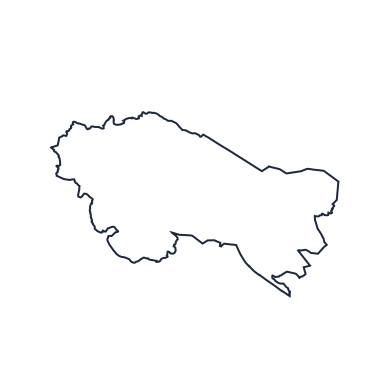 Cirmas pag., Ludzas, Latvia, rotated 216°
{"feature_id": "27541924B88018197851327", "entity_name": "Cirmas pag.", "entity_type": "district", "adm_level": 2, "iso_a3": "LVA", "parent_name": "Latvia", "parent_adm1": "Ludzas", "projection": "equal_earth", "projection_center": [27.6, 56.52], "detail": "fine", "context": "isolated", "style": "outline", "palette": "slate", "viewbox_px": 384, "rotation_deg": 216, "n_neighbors": 0, "source": "geoboundaries", "source_scale": "gbopen_adm2", "svg_char_len": 6018}
<svg xmlns="http://www.w3.org/2000/svg" viewBox="0 0 384 384"><g transform="rotate(216 192 192)"><path d="M279.8,218.4L284.2,217.0L284.1,216.1L286.0,215.3L288.2,212.5L289.4,209.5L288.7,209.7L288.4,209.5L288.4,208.9L287.7,208.2L287.6,207.6L288.6,206.6L288.8,206.2L288.7,205.8L289.8,204.3L291.6,202.7L293.2,201.7L295.0,201.3L295.7,201.6L296.3,202.2L297.3,203.6L297.4,204.3L299.5,206.1L300.2,206.4L301.1,206.4L302.3,205.6L302.4,204.7L301.8,204.4L301.7,204.1L302.4,202.7L301.9,201.8L302.0,201.5L302.4,201.1L302.5,200.7L302.4,200.5L302.9,199.4L302.9,197.5L302.4,194.5L302.9,193.5L301.9,193.0L300.9,191.7L301.0,191.3L301.8,190.6L302.5,190.2L305.2,189.9L309.1,187.4L311.5,186.3L311.9,185.9L312.0,184.8L311.8,184.3L312.1,182.9L313.0,182.4L313.1,181.6L313.3,181.4L313.7,181.3L315.5,181.8L317.1,182.7L318.2,182.9L320.7,182.0L323.2,181.3L324.9,180.3L327.5,180.0L328.3,179.8L328.9,179.3L329.3,178.9L329.2,178.2L328.7,177.3L327.9,177.0L328.8,174.5L328.2,173.5L327.6,173.2L327.4,172.5L327.6,171.8L328.1,170.6L327.6,169.7L327.7,168.7L329.0,167.8L329.1,167.3L328.9,166.6L327.4,166.0L326.7,163.8L326.8,163.3L328.1,162.9L329.5,162.1L329.7,161.8L329.7,161.0L331.4,157.9L329.5,154.1L328.1,150.7L330.8,147.1L330.9,146.4L332.0,145.8L332.1,145.1L328.3,145.0L328.0,144.2L327.4,144.0L326.8,143.9L326.2,144.2L325.0,144.2L324.7,144.1L324.3,143.8L323.1,143.8L320.9,143.0L320.8,142.1L318.8,141.3L315.9,138.2L315.3,137.2L314.8,137.0L314.6,136.5L314.5,136.1L314.9,135.3L315.0,134.8L315.4,134.5L316.4,134.2L316.8,133.9L316.9,133.3L316.6,133.2L316.1,133.3L315.5,133.0L314.4,133.2L314.2,133.0L314.1,132.5L313.6,132.3L313.6,131.9L313.3,131.4L313.5,131.0L313.1,130.0L312.4,129.5L312.5,128.6L312.8,128.0L312.6,127.7L312.7,127.1L312.4,126.7L311.0,126.1L310.9,125.6L303.4,127.1L297.9,129.9L296.2,131.9L294.7,133.0L292.1,131.1L291.4,131.0L290.4,131.3L288.0,130.7L286.5,130.7L285.3,128.5L284.9,128.3L282.3,122.4L281.2,121.5L279.1,122.0L278.6,122.8L278.4,123.3L278.3,127.2L276.9,128.2L275.0,128.4L273.6,128.3L271.9,127.8L270.6,128.0L268.3,127.9L267.8,127.5L267.8,126.6L267.6,125.8L266.4,124.6L266.7,124.3L266.3,123.8L266.7,123.6L266.8,123.1L266.5,122.1L265.8,120.2L265.3,119.3L264.4,118.4L264.3,117.7L263.7,116.8L263.3,116.4L262.5,116.2L262.4,115.7L261.7,115.1L261.7,114.8L260.4,114.0L259.6,113.0L259.6,112.8L259.1,112.2L258.2,111.9L257.8,111.2L257.3,111.1L256.3,110.3L256.0,110.1L256.1,109.6L255.3,109.1L255.4,108.8L254.1,108.3L253.7,108.3L253.6,107.9L253.3,107.7L250.6,107.0L250.1,106.6L249.5,105.5L248.9,105.1L246.0,104.8L244.7,104.9L241.7,105.6L241.5,106.4L240.8,106.8L240.8,107.7L241.4,108.0L241.4,108.4L238.9,108.9L238.6,109.2L238.5,109.6L238.7,110.6L238.5,111.7L238.8,112.5L238.7,113.2L237.8,114.1L237.6,114.8L236.5,116.3L235.5,117.5L235.0,117.8L233.9,118.0L232.2,117.5L231.2,117.0L229.0,116.9L228.7,116.7L228.8,115.9L230.1,114.5L230.4,113.8L230.5,112.7L230.7,111.8L231.1,109.5L231.4,109.0L233.0,108.0L233.7,107.2L233.6,106.6L233.0,105.6L233.0,104.6L232.8,104.1L232.0,103.2L230.6,102.3L227.4,100.7L220.8,98.5L218.4,98.0L217.7,97.7L216.1,97.4L213.1,97.5L210.5,98.2L208.7,99.3L206.5,100.0L203.3,100.7L200.3,99.9L199.3,100.0L197.4,100.6L196.4,101.7L196.2,102.9L195.5,103.4L195.2,103.8L194.3,105.9L194.0,107.6L193.7,107.9L192.7,110.3L192.4,110.7L190.9,111.1L189.0,111.9L188.8,112.4L188.5,112.5L187.5,112.2L186.7,112.3L180.1,115.5L179.7,114.6L178.2,115.8L177.6,116.6L177.3,117.6L177.5,119.6L177.1,120.6L176.3,121.9L174.7,123.2L174.2,124.4L173.7,124.9L173.7,125.3L175.1,125.9L174.9,126.4L176.6,129.1L176.6,129.5L176.3,129.8L174.9,130.1L173.8,129.8L172.7,129.9L171.2,130.9L170.4,132.1L170.5,133.9L170.9,135.2L172.8,137.2L175.0,137.4L175.0,138.1L175.5,138.7L175.5,138.9L174.9,139.3L174.8,139.8L175.1,141.0L175.7,141.8L176.0,144.6L175.7,145.1L176.5,146.2L177.0,146.5L179.2,147.1L181.8,147.3L183.4,147.1L184.4,147.4L177.2,149.9L167.1,156.4L165.8,156.8L153.1,156.5L150.9,162.0L145.7,166.0L139.1,167.5L137.7,164.7L136.4,165.1L136.5,166.0L135.6,169.1L129.0,172.8L127.2,174.0L125.9,174.5L125.3,175.0L125.0,175.0L116.5,170.2L111.9,168.2L106.9,166.3L102.0,165.4L102.0,165.7L100.0,165.2L95.1,164.4L88.8,164.3L88.7,164.6L81.3,164.5L68.8,164.8L61.0,164.6L61.0,164.9L51.9,165.2L52.5,165.9L52.4,166.3L52.6,166.7L53.3,167.0L53.4,167.3L53.7,167.3L53.8,167.6L54.4,168.3L54.5,168.5L54.0,168.8L54.1,169.0L54.8,168.8L55.8,169.2L57.0,169.9L57.7,170.6L59.1,170.5L60.7,170.7L64.2,171.7L66.1,170.2L68.4,169.2L72.5,169.1L74.3,169.8L75.8,169.5L76.3,169.6L77.3,170.5L77.8,171.6L77.6,171.9L74.6,172.2L73.1,173.7L71.9,174.7L71.8,175.9L70.7,177.2L70.6,178.4L70.2,179.0L69.2,181.7L68.2,183.4L61.3,186.4L59.8,186.9L56.9,186.5L53.8,185.3L54.6,185.9L54.9,186.4L54.6,187.0L53.3,188.2L53.0,189.1L52.3,190.5L51.9,192.4L57.4,196.8L53.5,201.4L53.3,201.9L54.4,202.1L71.7,207.0L71.1,208.0L69.9,208.3L66.3,211.9L65.6,212.2L62.2,212.7L60.0,212.6L53.8,216.1L52.9,225.0L52.5,226.5L51.9,228.4L55.5,229.3L58.0,231.5L59.8,232.3L62.9,234.0L68.9,236.2L76.1,241.8L78.2,244.2L78.5,244.8L77.7,245.0L75.3,246.6L75.1,247.0L75.0,247.9L74.8,248.4L73.6,249.2L73.5,249.7L73.5,250.2L74.0,250.7L73.8,251.1L72.8,251.4L71.3,251.3L70.6,251.5L68.6,253.0L68.3,253.5L68.4,254.0L68.9,254.7L69.5,255.2L69.6,255.5L67.4,256.0L66.8,256.7L66.5,257.4L66.8,257.8L68.0,258.1L68.3,258.6L68.1,259.9L69.0,260.7L68.8,261.2L68.4,261.6L68.8,262.1L68.9,262.6L68.7,264.2L68.8,264.4L69.3,264.7L71.1,264.8L70.2,270.6L79.7,286.5L97.9,286.6L107.6,281.1L110.1,279.9L112.4,278.5L116.1,272.8L126.5,262.5L134.5,262.0L145.0,257.7L144.9,257.2L147.7,249.9L185.2,247.5L198.4,246.4L210.4,245.7L216.7,245.0L217.1,242.3L217.8,241.5L219.7,242.1L223.8,241.5L226.2,239.6L228.8,238.8L233.4,238.2L236.2,236.5L241.9,237.6L242.9,238.0L245.6,238.4L250.7,237.4L252.3,236.1L253.5,235.5L256.1,235.4L257.7,234.9L260.8,235.1L262.0,234.6L265.4,234.8L267.2,234.5L269.8,233.5L269.9,233.1L270.8,232.5L272.6,231.9L273.2,231.2L274.1,230.7L274.5,229.0L274.7,228.6L275.8,228.0L278.0,228.0L278.7,227.6L278.8,227.3L278.2,225.8L278.3,224.6L277.5,223.9L278.9,223.4L279.6,221.9L279.5,221.5L278.6,221.0L278.2,220.4L279.8,218.4Z" fill="none" stroke="#1e293b" stroke-width="2"/></g></svg>